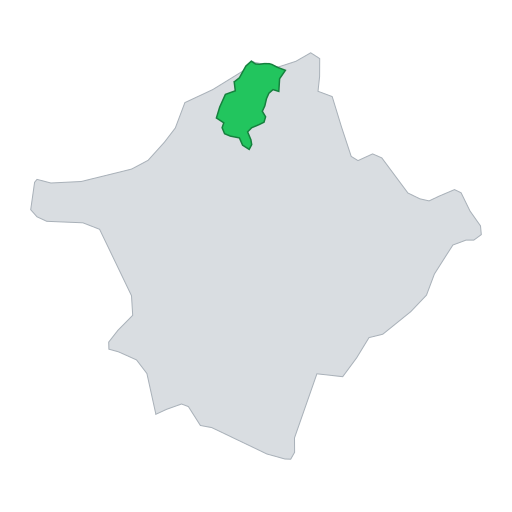 Dečani highlighted on a map of Kosovo, rotated 90°
{"feature_id": "KOS-5889", "entity_name": "Dečani", "entity_type": "District", "adm_level": 1, "iso_a3": "XKX", "parent_name": "Kosovo", "parent_adm1": "", "projection": "mercator", "projection_center": [20.231, 42.545], "detail": "fine", "context": "in_parent", "style": "filled", "palette": "green", "viewbox_px": 512, "rotation_deg": 90, "n_neighbors": 0, "source": "natural_earth", "source_scale": "10m", "svg_char_len": 1518}
<svg xmlns="http://www.w3.org/2000/svg" viewBox="0 0 512 512"><g transform="rotate(90 256 256)"><path d="M127.0,170.5L156.4,160.8L160.6,154.0L153.9,139.4L157.9,130.2L193.0,104.1L198.8,92.2L200.9,82.9L196.2,73.0L189.6,57.5L192.8,50.9L211.0,42.0L225.9,31.5L234.6,30.7L240.1,38.2L240.1,46.0L245.0,59.1L255.9,66.1L274.0,77.6L295.1,85.5L311.6,101.2L334.2,129.2L337.6,143.0L357.9,155.4L376.7,169.3L373.8,195.1L437.9,217.5L452.3,217.4L459.2,221.3L459.0,227.1L454.0,245.1L427.6,300.2L425.5,311.6L406.6,323.6L404.0,330.5L409.4,345.6L414.3,356.2L413.9,356.2L373.5,365.1L359.9,375.5L351.8,393.6L349.2,403.1L342.1,403.3L330.2,394.0L315.3,379.3L295.7,380.5L229.3,412.4L222.8,429.1L221.3,465.3L216.8,475.0L209.7,481.3L182.3,477.4L179.4,475.0L183.0,461.1L181.5,430.8L169.1,380.5L160.3,363.9L142.1,347.5L128.0,336.7L102.6,327.1L89.6,299.3L70.2,267.8L60.9,260.5L62.4,257.4L66.9,233.5L61.3,216.1L52.8,201.3L58.6,192.3L76.5,192.4L91.3,194.0L96.6,179.8L127.0,170.5Z" fill="#d9dde1" stroke="#a8b0b8" stroke-width="1"/><path d="M81.8,277.7L77.8,272.6L66.0,266.1L61.2,260.7L64.0,256.5L64.3,252.3L63.6,247.8L63.7,242.7L64.5,240.0L67.2,234.9L70.3,226.6L78.7,232.4L91.4,233.2L89.6,239.0L93.2,243.1L98.6,245.5L105.9,247.2L111.3,249.7L116.8,246.4L122.2,248.0L124.6,252.9L127.7,260.3L131.9,264.4L139.8,261.1L144.6,260.3L149.4,262.8L145.2,269.4L137.9,272.6L136.1,281.7L133.7,287.4L127.7,289.9L122.8,288.2L118.0,295.6L107.1,292.3L94.4,286.6L90.8,276.7L81.8,277.8L81.8,277.7L81.8,277.7Z" fill="#22c55e" stroke="#15803d" stroke-width="1.5"/></g></svg>